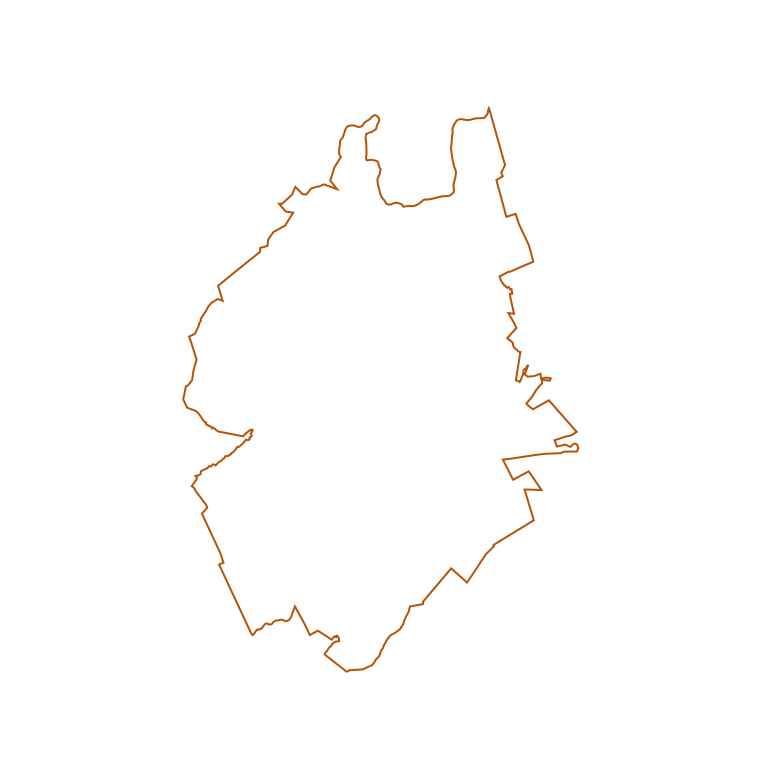 Ixtlahuacán, Colima, Mexico, rotated 223°
{"feature_id": "50627088B68671951504705", "entity_name": "Ixtlahuacán", "entity_type": "district", "adm_level": 2, "iso_a3": "MEX", "parent_name": "Mexico", "parent_adm1": "Colima", "projection": "albers", "projection_center": [-103.676, 18.957], "detail": "fine", "context": "isolated", "style": "outline", "palette": "amber", "viewbox_px": 768, "rotation_deg": 223, "n_neighbors": 0, "source": "geoboundaries", "source_scale": "gbopen_adm2", "svg_char_len": 6130}
<svg xmlns="http://www.w3.org/2000/svg" viewBox="0 0 768 768"><g transform="rotate(223 384 384)"><path d="M214.0,151.2L207.1,158.4L204.5,161.5L201.0,170.5L201.3,174.2L202.1,177.3L201.8,179.8L201.8,181.5L202.7,183.6L203.7,185.7L204.5,188.2L204.6,190.2L205.9,192.8L207.6,200.4L207.8,205.2L207.0,206.9L206.5,208.6L205.5,212.9L205.1,216.4L205.9,219.4L206.2,221.5L207.7,224.5L209.4,229.3L210.6,234.1L213.3,239.0L205.3,249.7L205.9,250.5L207.0,251.2L209.1,295.0L187.9,295.4L188.2,298.1L193.4,329.0L192.9,340.3L194.1,341.2L181.5,386.5L209.2,402.7L204.9,406.6L196.5,413.9L218.6,418.8L224.3,402.0L245.5,409.8L240.1,416.1L227.7,431.8L221.2,439.8L218.2,443.2L207.6,453.9L206.2,457.3L196.8,466.3L198.4,469.9L201.8,471.4L204.4,470.1L204.7,465.2L207.3,464.2L208.9,463.8L210.4,463.0L211.8,460.7L214.9,456.2L220.9,459.2L215.0,469.9L212.8,472.9L211.7,475.1L210.5,480.4L252.3,484.5L257.8,467.1L263.1,466.6L266.5,466.8L267.0,475.7L268.4,482.5L268.9,487.8L268.9,492.2L271.3,494.7L265.0,499.6L265.8,501.7L267.4,501.0L267.8,500.7L270.2,498.9L272.6,495.1L272.7,495.3L276.6,498.2L279.5,492.4L283.8,487.4L287.6,487.0L291.2,495.6L291.7,495.2L290.9,492.5L291.5,489.4L289.7,487.0L289.0,485.6L288.5,485.2L288.5,484.4L287.9,482.8L286.7,480.7L286.2,478.0L287.0,478.0L290.0,476.6L305.9,500.1L305.9,500.3L308.0,499.4L310.9,499.5L312.4,499.4L313.7,499.5L315.0,499.8L316.1,500.4L317.8,501.9L321.0,502.0L323.6,501.5L325.1,501.5L325.4,515.4L329.9,517.1L341.4,520.7L336.8,524.1L350.0,533.0L353.5,536.0L351.8,537.5L355.5,540.4L356.0,539.2L358.9,539.9L359.1,539.9L359.6,538.3L363.1,538.5L363.4,538.2L368.3,539.2L370.7,540.3L372.9,541.7L369.3,551.5L369.2,551.6L368.5,551.7L363.9,562.6L358.2,575.3L372.5,584.2L394.7,593.1L403.8,598.2L408.5,589.7L440.9,609.8L438.8,616.9L442.4,618.5L444.7,626.6L494.7,657.0L495.3,657.2L494.0,654.4L492.9,653.0L492.6,651.8L492.2,650.9L492.4,649.4L492.1,647.1L495.4,643.4L496.9,642.2L498.3,640.5L500.1,637.8L501.7,635.1L504.5,632.8L506.2,631.6L507.1,631.2L508.9,629.7L509.5,628.9L509.9,627.8L510.3,627.0L510.4,625.6L510.0,623.5L509.9,622.3L508.7,618.9L507.6,616.9L506.5,615.8L505.0,614.5L503.6,611.9L502.2,610.5L501.4,609.2L498.4,605.8L497.4,604.3L495.6,601.9L487.1,594.9L483.8,592.9L481.7,591.2L478.4,589.7L476.2,588.3L474.7,586.6L472.1,582.8L470.3,579.0L469.1,577.2L466.5,574.7L465.3,574.0L463.8,571.6L463.8,570.1L464.3,566.8L465.4,565.1L466.4,564.1L467.8,562.6L469.4,561.2L471.1,558.4L472.8,555.9L474.5,553.2L477.9,548.5L479.2,547.7L480.1,546.5L480.8,544.9L481.2,540.6L481.8,538.4L482.4,536.7L484.1,533.9L487.8,530.5L490.2,527.5L491.0,526.8L491.5,526.9L492.0,527.4L493.2,527.5L495.5,526.8L496.4,526.2L498.1,525.4L499.5,524.0L501.6,519.8L502.6,518.7L503.8,517.9L505.2,517.4L506.4,517.6L506.7,518.1L509.9,518.7L511.5,518.8L513.1,519.1L514.8,519.7L517.2,521.0L519.0,522.3L524.3,525.6L526.6,527.5L527.9,528.7L528.9,530.1L529.9,533.4L530.7,534.9L531.8,536.7L532.2,537.7L532.6,538.4L533.2,538.8L534.2,539.0L537.3,540.5L538.7,541.7L539.9,542.1L540.5,542.3L541.8,541.9L544.3,540.6L546.7,538.8L547.9,537.4L549.0,535.9L549.4,535.9L550.1,536.2L551.0,536.8L552.3,538.3L552.7,539.0L553.3,539.9L560.1,546.9L561.7,548.4L562.6,549.1L563.2,549.9L563.9,550.3L565.1,551.1L566.9,553.8L567.4,554.8L566.4,557.6L565.0,559.6L564.5,561.7L563.7,564.2L564.0,566.1L565.1,567.3L565.8,569.0L566.5,571.8L567.5,573.7L568.2,574.4L569.4,575.0L570.4,575.1L571.7,575.2L573.5,574.9L574.5,573.8L575.0,571.5L575.2,566.9L575.9,564.9L576.4,563.0L576.5,561.7L576.4,560.7L576.1,559.7L575.8,557.7L577.2,555.4L578.5,554.1L580.1,553.5L580.8,553.4L583.8,551.4L586.5,547.5L586.1,544.5L582.4,536.4L582.0,532.1L579.1,528.4L576.9,525.1L573.5,521.5L570.4,520.7L568.0,508.5L562.0,496.1L551.2,494.5L564.3,488.9L565.9,484.6L567.6,482.7L570.6,477.2L570.0,469.7L572.9,467.3L583.2,467.7L580.4,459.6L581.4,446.2L583.6,444.3L573.6,443.0L567.3,447.4L564.4,432.4L568.5,419.7L567.3,410.9L563.4,405.5L567.3,399.2L564.8,396.1L568.9,367.8L572.3,342.7L560.4,335.7L558.7,334.8L563.6,332.7L565.5,325.7L565.4,322.1L565.2,320.2L564.3,317.3L562.4,306.5L561.3,305.8L560.3,301.8L559.5,300.9L557.6,295.2L556.5,291.7L558.9,285.8L552.1,282.2L537.6,273.9L534.8,268.1L532.1,263.3L527.0,256.0L526.4,249.1L527.3,247.3L520.4,235.9L511.9,232.4L503.3,235.9L499.4,236.0L490.5,234.0L487.9,234.4L487.9,233.9L487.0,233.4L485.5,233.4L480.7,234.9L479.4,234.3L479.1,235.6L477.0,235.9L475.4,235.8L472.7,236.3L451.3,249.7L451.5,252.5L450.5,259.1L450.0,259.3L449.9,260.0L449.4,260.7L449.0,260.7L448.4,260.6L448.2,260.0L447.8,257.7L447.3,256.6L445.9,256.3L445.3,255.8L445.4,254.7L445.8,253.4L445.5,252.6L444.7,252.2L444.6,251.4L445.1,250.2L446.2,249.5L447.0,249.2L446.8,247.2L446.9,245.1L446.7,243.9L447.0,241.3L447.0,239.9L447.5,238.6L448.3,238.0L448.4,236.8L447.9,236.1L447.8,231.1L448.3,229.9L448.4,229.0L448.3,228.5L448.1,227.7L448.8,226.5L448.9,225.9L448.7,225.5L448.8,225.2L449.0,224.8L450.7,223.2L450.8,222.8L450.2,221.1L450.2,220.5L450.4,220.0L450.7,219.6L450.7,216.6L451.5,214.6L451.6,209.5L453.1,209.4L454.4,208.5L454.3,205.6L455.8,205.1L455.7,202.4L458.4,195.6L456.7,193.0L457.3,190.9L459.1,188.2L456.8,187.9L455.9,185.6L454.9,178.2L451.3,178.4L449.2,177.4L430.8,174.1L428.8,172.8L428.9,171.2L428.7,165.0L387.9,148.5L379.5,143.8L381.5,139.5L311.0,111.0L308.8,110.8L308.7,113.9L309.0,114.5L309.2,115.6L309.3,117.3L309.1,117.9L308.3,118.6L307.6,119.8L307.4,120.6L307.0,121.3L306.8,122.0L306.8,122.9L307.1,123.8L307.2,126.4L307.2,127.5L307.0,127.9L307.0,128.4L306.1,129.2L305.0,129.3L304.7,129.4L304.5,129.8L303.5,130.2L302.6,131.3L302.3,132.6L302.3,132.9L302.6,133.6L302.5,134.5L302.1,135.8L302.0,136.9L301.4,137.7L300.4,138.7L299.8,139.5L299.1,140.7L297.9,141.9L296.7,142.7L295.8,142.9L295.0,142.8L293.9,143.9L292.4,146.3L293.0,150.4L294.3,153.0L297.4,160.6L288.6,157.7L281.2,155.3L276.0,153.4L267.0,149.8L266.3,152.2L264.0,158.5L247.9,161.4L248.2,163.4L248.2,164.0L248.0,166.0L247.3,166.1L247.0,165.9L246.4,166.1L246.3,166.3L246.7,167.8L246.3,167.9L243.9,167.5L243.0,166.7L241.5,165.2L242.3,164.4L243.3,163.0L244.0,161.5L244.6,159.3L244.2,156.9L244.2,154.9L244.3,153.1L244.1,152.3L244.0,151.6L243.7,150.0L243.6,147.2L242.8,145.7L215.2,148.1L214.4,149.6L214.0,151.2Z" fill="none" stroke="#b45309" stroke-width="2"/></g></svg>